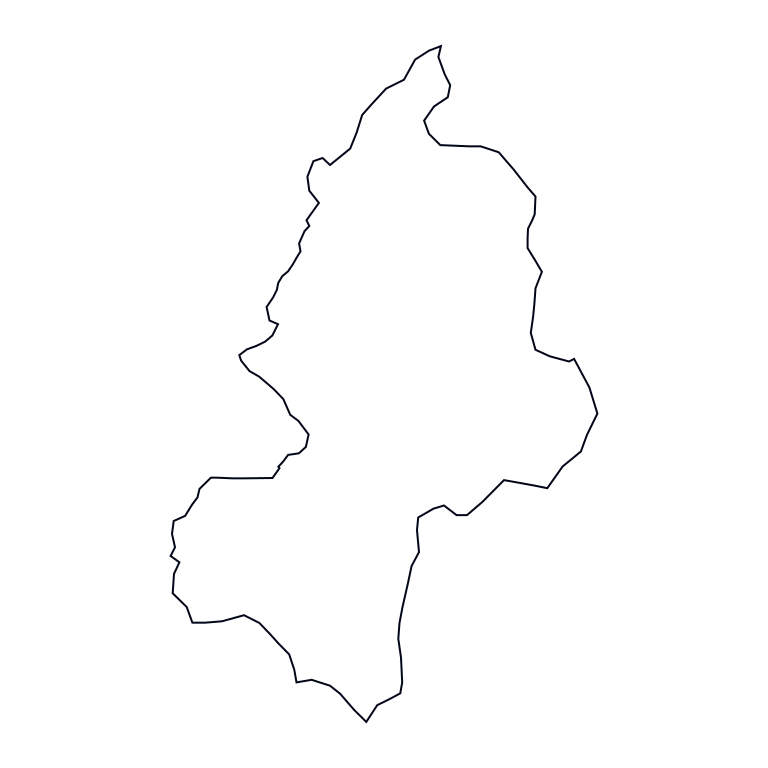 outline of Vouni, Limassol, Cyprus
{"feature_id": "46923920B50691458712838", "entity_name": "Vouni", "entity_type": "district", "adm_level": 2, "iso_a3": "CYP", "parent_name": "Cyprus", "parent_adm1": "Limassol", "projection": "natural_earth1", "projection_center": [32.825, 34.816], "detail": "fine", "context": "isolated", "style": "outline", "palette": "ink", "viewbox_px": 768, "rotation_deg": 0, "n_neighbors": 0, "source": "geoboundaries", "source_scale": "gbopen_adm2", "svg_char_len": 1810}
<svg xmlns="http://www.w3.org/2000/svg" viewBox="0 0 768 768"><path d="M306.5,220.2L309.3,226.0L304.5,231.2L299.1,243.4L300.5,251.4L296.7,257.5L292.9,264.2L288.1,271.3L282.3,276.1L278.2,283.0L276.9,289.8L273.1,297.4L266.6,307.0L269.5,320.5L278.0,324.2L272.4,335.4L265.2,341.6L256.4,345.9L247.0,349.3L239.3,355.1L241.1,360.6L249.5,371.1L259.1,376.6L273.5,388.9L283.4,399.2L290.2,414.8L298.5,421.0L308.6,434.5L305.9,446.9L298.9,453.3L288.1,454.9L283.2,461.5L278.4,466.7L279.5,468.1L272.5,478.0L247.0,478.3L231.6,478.3L217.6,477.7L210.9,477.7L199.5,488.9L197.5,497.4L192.1,504.6L185.1,515.9L173.7,521.0L172.0,533.9L175.0,547.3L170.6,556.0L179.4,562.3L174.0,573.9L172.7,593.3L186.7,607.0L192.4,622.7L204.8,622.7L221.9,621.3L244.0,615.2L259.4,623.0L270.5,634.6L278.5,643.5L289.2,654.4L294.3,669.8L296.5,682.4L311.6,679.8L330.0,685.7L340.1,693.7L354.2,710.0L366.3,721.9L377.2,705.2L390.1,698.8L400.3,693.3L400.9,689.6L402.2,682.5L401.0,657.5L400.8,656.2L398.3,638.8L399.5,622.9L402.6,606.6L407.7,584.3L411.6,566.0L419.0,552.1L417.0,530.2L418.2,517.5L433.4,508.7L444.0,505.5L456.5,515.1L467.0,515.1L482.3,502.0L504.0,480.1L535.1,485.7L547.3,488.2L562.6,466.5L580.9,451.5L587.0,434.8L594.2,420.1L597.4,413.6L589.4,387.5L574.1,358.9L569.1,361.5L549.8,356.3L535.5,349.8L530.8,332.9L533.2,316.0L534.4,303.6L535.5,288.3L541.9,271.8L535.5,260.9L527.6,248.1L527.6,238.8L528.0,228.7L532.0,220.7L534.7,214.3L535.5,196.6L527.2,186.9L513.4,169.2L507.1,162.0L498.8,152.3L480.6,146.3L468.4,146.3L440.3,145.1L428.9,133.8L424.1,120.6L434.0,106.5L447.8,97.2L450.2,85.2L444.7,74.3L438.4,57.0L440.9,46.1L428.9,50.7L415.1,59.6L404.0,79.7L386.1,88.6L371.8,104.1L362.2,114.9L356.6,132.7L350.2,148.6L330.0,165.0L322.6,158.0L313.4,161.2L307.4,176.7L309.3,190.7L318.9,202.9L306.5,220.2Z" fill="none" stroke="#020617" stroke-width="2"/></svg>